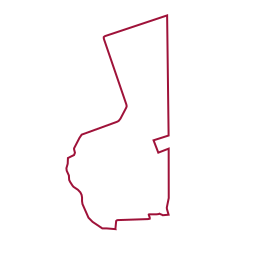 an SVG outline of Southern, rotated 72°
{"feature_id": "BWA-2649", "entity_name": "Southern", "entity_type": "District", "adm_level": 1, "iso_a3": "BWA", "parent_name": "Botswana", "parent_adm1": "", "projection": "orthographic", "projection_center": [24.884, -24.914], "detail": "fine", "context": "isolated", "style": "outline", "palette": "rose", "viewbox_px": 256, "rotation_deg": 72, "n_neighbors": 0, "source": "natural_earth", "source_scale": "10m", "svg_char_len": 972}
<svg xmlns="http://www.w3.org/2000/svg" viewBox="0 0 256 256"><g transform="rotate(72 128 128)"><path d="M220.3,171.2L217.1,178.8L215.5,183.5L206.3,190.7L201.1,193.3L186.3,194.8L183.3,194.3L180.0,193.2L177.3,192.8L174.5,193.2L171.3,194.7L167.1,198.0L165.6,198.6L161.4,199.7L159.2,200.0L157.2,199.5L154.9,198.9L149.7,199.5L147.2,199.0L143.4,196.4L138.0,194.4L137.0,187.6L135.1,186.1L131.8,185.9L130.7,185.6L122.4,177.2L120.0,174.1L118.7,136.5L118.4,134.8L117.6,133.5L116.7,132.2L108.3,123.6L107.2,122.7L106.1,122.4L105.0,122.3L36.1,123.4L35.1,123.3L34.1,123.0L33.7,122.2L33.5,121.2L33.0,56.0L147.7,91.7L147.6,107.5L160.8,106.8L160.2,95.7L207.2,110.9L215.7,115.7L217.0,116.0L223.0,116.2L221.7,121.9L220.8,122.7L219.9,123.9L219.2,124.5L219.3,125.6L218.9,127.6L216.6,134.6L216.7,135.0L217.4,135.1L219.3,135.0L220.3,135.1L221.0,135.4L220.9,136.5L220.7,137.5L212.4,166.3L212.4,167.2L212.8,168.0L220.2,171.2L220.3,171.2Z" fill="none" stroke="#9f1239" stroke-width="2"/></g></svg>